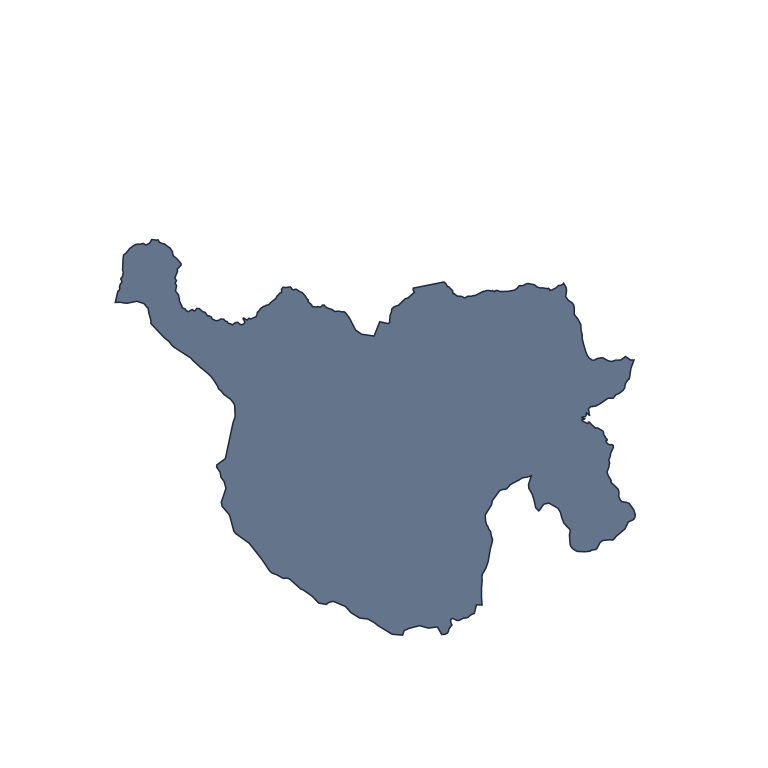 outline of San Pedro y San Pablo Ayutla, Oaxaca, Mexico, rotated 321°
{"feature_id": "50627088B37574101781202", "entity_name": "San Pedro y San Pablo Ayutla", "entity_type": "district", "adm_level": 2, "iso_a3": "MEX", "parent_name": "Mexico", "parent_adm1": "Oaxaca", "projection": "natural_earth1", "projection_center": [-96.113, 17.038], "detail": "fine", "context": "isolated", "style": "filled", "palette": "slate", "viewbox_px": 768, "rotation_deg": 321, "n_neighbors": 0, "source": "geoboundaries", "source_scale": "gbopen_adm2", "svg_char_len": 6171}
<svg xmlns="http://www.w3.org/2000/svg" viewBox="0 0 768 768"><g transform="rotate(321 384 384)"><path d="M294.4,125.5L290.4,127.1L286.8,126.2L286.2,125.8L285.6,123.4L281.9,121.6L281.0,120.5L279.1,119.4L276.6,118.8L271.4,118.7L265.6,120.0L262.8,119.8L259.7,122.8L252.5,131.0L251.7,133.1L248.1,136.1L246.8,136.1L245.5,136.8L245.2,138.4L244.3,139.9L241.9,140.4L239.3,142.3L239.0,143.4L236.7,144.7L236.1,144.4L235.3,144.6L226.5,151.5L231.0,155.0L232.3,156.8L235.2,159.6L244.0,164.2L248.1,170.5L248.1,175.7L248.5,176.5L245.9,180.9L242.9,187.8L240.9,190.2L242.3,209.5L243.7,215.7L243.5,220.1L244.1,223.6L250.2,242.3L250.3,245.8L251.8,255.7L253.3,262.4L254.3,269.2L254.0,275.1L253.3,280.9L252.4,283.6L253.0,286.7L253.0,291.7L255.2,299.2L255.0,305.0L254.4,306.7L247.7,315.8L242.5,318.9L213.8,342.1L203.1,341.7L201.6,343.3L201.1,349.4L198.5,354.1L198.4,359.2L195.5,365.6L183.0,373.6L181.2,377.3L181.5,387.9L180.5,390.9L174.7,403.8L174.6,406.9L179.0,422.8L178.7,443.5L177.5,456.8L178.0,460.5L180.4,464.3L183.1,471.1L184.1,472.3L186.3,473.6L187.9,476.0L190.2,490.7L191.6,493.2L194.6,503.6L195.4,513.2L200.4,519.0L203.6,519.0L207.8,521.0L214.0,532.6L214.4,540.9L217.8,550.6L223.6,556.6L226.4,563.8L227.2,567.8L232.8,583.6L240.4,590.9L244.4,588.3L249.7,589.7L259.6,594.2L264.9,601.7L272.1,606.0L272.5,607.1L271.2,615.0L274.1,617.1L276.7,617.4L278.4,616.8L280.1,615.3L285.2,614.0L285.7,611.5L287.4,609.2L289.3,609.0L290.5,610.5L291.8,613.6L293.4,614.9L298.2,615.9L300.9,617.7L302.9,618.3L304.4,618.0L306.9,618.2L309.8,619.1L316.9,613.8L321.1,617.5L325.7,610.9L330.9,604.5L336.6,598.5L338.6,595.6L340.8,593.7L347.4,591.2L353.4,587.4L362.6,579.3L368.3,575.1L370.7,572.9L371.8,569.7L374.0,565.7L374.1,562.9L375.1,559.9L375.2,558.0L376.6,554.7L380.2,549.5L391.5,545.6L394.9,542.8L407.1,539.6L410.3,540.9L411.9,542.2L413.9,542.6L418.3,541.7L422.6,542.3L428.4,543.6L431.3,543.8L433.8,544.7L436.9,546.6L440.7,548.0L433.0,553.1L430.9,556.2L429.8,563.0L427.6,568.5L424.0,575.6L424.4,580.0L425.9,579.9L430.8,578.3L433.1,578.2L437.2,580.3L441.0,590.1L440.3,594.8L437.8,600.3L436.3,605.3L436.4,608.9L437.0,614.7L433.1,618.0L428.2,625.0L427.0,627.5L426.9,629.8L427.5,632.6L428.8,635.7L434.4,640.7L439.0,643.7L440.8,643.7L444.2,645.8L445.9,645.9L452.1,643.2L455.4,643.3L461.1,646.9L463.6,649.3L466.5,649.1L468.3,648.5L480.1,648.3L487.0,645.0L491.5,646.2L493.2,646.3L495.1,645.5L497.0,643.8L499.0,638.8L499.4,631.4L498.1,628.7L494.8,625.1L494.7,622.8L495.6,619.3L498.6,615.8L499.8,613.1L498.5,602.6L499.8,602.2L500.6,596.5L501.6,593.5L502.2,592.6L507.2,589.6L507.9,588.5L509.5,587.6L511.0,584.5L514.8,582.3L516.2,580.6L522.1,577.8L523.5,576.2L522.9,574.4L521.6,573.6L520.7,572.5L520.2,571.2L520.2,569.5L520.3,568.3L521.0,567.7L521.5,568.2L522.3,568.0L522.6,567.0L522.2,564.9L522.8,564.4L522.8,561.7L524.3,559.6L524.4,558.1L522.5,552.8L522.0,552.2L520.7,551.6L519.8,546.4L519.7,543.1L518.9,542.2L517.8,543.1L517.3,542.9L515.1,538.0L515.1,536.5L515.5,536.4L517.2,537.4L518.1,537.3L516.8,535.3L516.7,534.7L517.2,534.4L519.9,536.1L521.6,535.4L523.0,533.9L523.4,534.5L523.7,537.1L524.1,537.6L524.8,535.8L525.3,535.6L527.2,532.0L530.5,531.7L531.9,532.9L532.8,533.0L534.0,534.1L535.2,534.5L539.6,535.3L549.2,536.1L553.2,539.3L557.7,538.3L560.8,539.3L566.0,539.4L568.4,538.6L572.1,535.5L577.0,534.1L577.8,534.5L585.7,527.3L593.4,522.7L590.7,520.5L589.0,514.6L583.1,514.4L578.6,511.0L575.2,509.9L572.8,507.0L570.7,501.6L569.2,500.2L565.5,498.3L562.5,497.8L561.0,496.8L559.7,493.0L560.1,489.3L561.2,485.8L564.3,478.3L566.9,473.0L569.0,470.5L571.0,466.3L574.4,461.6L575.6,455.3L575.6,449.7L579.9,444.5L581.3,441.5L581.2,438.5L579.9,435.4L580.2,430.4L584.4,426.6L586.2,423.9L587.1,418.7L585.8,419.0L583.9,418.6L583.1,418.4L581.8,417.3L577.6,417.5L576.4,417.0L573.8,416.7L571.9,415.6L572.4,415.0L571.9,413.0L571.2,413.0L567.9,409.2L565.5,407.3L564.0,404.7L563.6,402.3L563.1,401.2L559.1,396.4L556.3,395.3L554.1,395.1L551.1,392.9L550.3,392.7L548.5,393.3L544.7,393.3L539.0,390.2L534.6,386.9L532.0,384.7L531.3,383.1L530.1,381.8L529.6,382.0L528.8,381.4L527.8,381.8L527.1,379.6L525.7,379.3L525.2,378.3L524.0,377.0L522.2,375.7L520.8,375.5L519.6,374.5L519.1,374.7L518.7,374.3L510.5,372.6L508.8,371.3L507.3,370.9L504.3,368.5L501.4,368.1L500.4,367.1L499.5,364.7L496.6,362.2L495.8,360.2L495.4,357.8L494.7,357.7L494.5,357.0L496.1,354.7L495.5,349.3L494.6,348.2L495.3,344.6L494.8,343.2L494.9,342.5L467.1,327.9L465.9,329.0L465.3,331.8L456.6,332.2L454.2,331.1L444.7,331.9L440.5,330.3L437.2,330.6L435.0,332.8L432.1,334.3L426.7,339.9L425.1,339.5L419.9,332.9L406.5,340.5L397.9,331.2L395.9,324.2L398.7,310.9L398.9,304.3L398.4,302.6L397.0,301.8L394.5,298.7L391.3,296.6L390.5,293.3L387.8,289.3L387.1,286.6L387.2,285.0L385.6,283.9L384.3,284.4L383.2,284.1L381.9,283.2L381.6,282.3L379.7,281.5L377.1,278.7L377.5,277.2L377.1,276.6L377.5,275.5L377.1,274.5L377.0,271.9L377.9,271.3L378.1,270.6L377.7,269.9L378.2,266.0L378.0,261.5L376.3,258.2L375.5,255.2L374.3,254.3L373.2,254.2L372.3,253.0L372.3,249.6L368.1,247.0L366.5,245.3L363.9,245.8L363.0,247.3L361.5,248.5L361.2,248.1L359.8,247.7L358.4,248.2L355.9,248.3L355.2,249.0L353.7,249.4L346.9,249.4L344.4,249.9L341.8,248.6L340.2,248.6L339.8,248.0L335.3,247.6L334.1,248.3L330.7,248.6L329.1,250.1L326.4,251.3L325.2,250.6L321.4,249.7L320.5,247.9L318.1,248.2L316.9,246.0L316.6,244.4L315.9,244.3L315.4,244.9L315.1,247.8L314.2,248.8L312.7,248.9L310.8,248.6L310.3,248.2L309.5,246.1L309.2,244.1L307.8,243.1L307.0,242.7L303.3,242.6L302.6,240.5L301.3,239.0L301.1,237.9L301.4,236.7L300.6,235.8L300.2,234.4L300.3,232.9L298.1,230.7L296.1,230.6L293.4,229.3L292.8,228.4L291.4,225.1L292.0,223.5L290.7,220.6L289.7,219.9L290.1,216.1L289.9,215.4L288.6,213.7L287.9,209.1L286.1,207.5L282.8,208.1L282.3,207.6L282.0,205.7L281.4,205.2L277.5,204.7L276.4,202.4L276.8,200.8L275.4,198.1L277.3,190.7L278.7,188.9L278.9,188.0L280.4,185.5L280.4,181.5L280.8,180.2L284.7,177.1L285.1,174.6L285.9,173.7L287.7,173.3L288.2,169.9L294.3,166.7L295.6,164.7L296.2,164.3L297.8,164.6L298.8,164.2L300.9,164.0L302.0,162.9L301.9,156.5L301.0,151.9L301.8,149.5L303.0,148.0L302.9,147.1L303.4,143.7L302.4,141.0L301.6,137.0L300.0,135.1L298.6,132.5L299.2,129.8L297.7,129.0L294.4,125.5Z" fill="#64748b" stroke="#1e293b" stroke-width="1.5"/></g></svg>